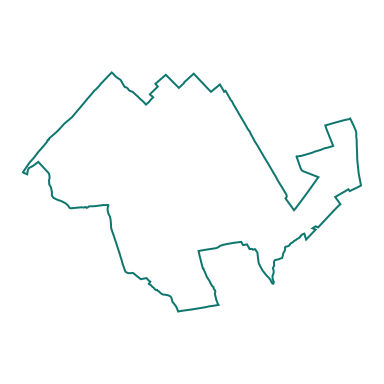 outline of Balteni, Vaslui, Romania
{"feature_id": "2599482B7876180524061", "entity_name": "Balteni", "entity_type": "district", "adm_level": 2, "iso_a3": "ROU", "parent_name": "Romania", "parent_adm1": "Vaslui", "projection": "albers", "projection_center": [27.634, 46.674], "detail": "fine", "context": "isolated", "style": "outline", "palette": "teal", "viewbox_px": 384, "rotation_deg": 0, "n_neighbors": 0, "source": "geoboundaries", "source_scale": "gbopen_adm2", "svg_char_len": 5979}
<svg xmlns="http://www.w3.org/2000/svg" viewBox="0 0 384 384"><path d="M272.4,283.5L273.3,283.7L273.6,282.7L273.7,282.0L273.7,281.5L273.3,280.9L272.7,278.9L272.5,277.7L272.5,276.5L272.7,275.5L272.9,274.7L273.3,274.1L273.6,272.8L273.7,272.3L273.6,270.9L273.4,269.6L273.1,268.8L273.0,268.2L273.3,267.2L274.1,265.9L274.1,264.2L274.0,263.1L274.0,262.2L274.3,261.2L274.6,260.5L275.3,259.9L276.1,259.8L277.2,259.6L278.7,259.3L280.1,258.6L281.3,258.3L282.1,258.1L282.7,256.1L283.0,254.8L283.1,254.0L283.8,252.2L284.3,251.5L284.7,250.7L284.9,250.1L285.1,248.7L285.0,248.0L285.1,247.2L285.6,246.8L287.9,246.2L288.7,245.8L289.4,245.3L290.0,244.2L290.7,243.5L291.7,242.8L292.6,242.4L293.4,241.6L294.3,240.8L295.6,240.2L296.9,239.1L299.4,237.8L299.6,237.3L300.1,237.1L300.1,236.8L300.4,236.2L301.8,234.8L304.2,233.6L304.6,234.1L304.8,235.2L306.1,239.6L315.6,229.6L312.6,228.3L315.6,226.3L318.1,227.4L332.0,212.6L338.1,206.2L340.4,204.2L335.2,197.0L340.3,194.0L344.9,191.4L348.4,189.3L349.8,191.1L352.3,189.8L356.7,187.8L361.0,185.5L358.7,173.5L357.2,159.5L357.2,157.7L357.2,156.1L356.8,146.4L356.6,139.2L356.3,137.2L356.2,135.6L356.3,133.3L356.3,132.8L355.8,130.7L353.6,125.6L350.2,118.5L349.2,119.1L348.1,119.4L345.7,119.8L342.9,120.5L334.4,122.8L327.6,124.8L325.3,125.4L326.5,129.2L329.7,137.2L333.2,145.9L332.1,146.3L328.2,147.5L326.6,147.9L325.1,148.1L320.1,150.1L314.3,151.7L313.5,152.2L312.6,152.6L302.4,155.6L300.9,155.9L299.3,156.1L297.6,156.5L296.6,156.4L296.5,156.6L297.3,158.7L300.5,168.0L301.1,169.3L301.6,170.1L302.5,170.8L303.5,171.4L307.8,173.0L318.4,177.2L318.0,177.7L307.3,192.7L297.5,205.9L295.5,208.5L294.0,210.2L287.2,200.7L285.5,198.4L286.5,197.2L286.7,196.6L286.7,195.9L286.3,194.5L281.7,186.8L279.6,183.5L277.2,179.4L275.5,176.2L273.5,172.9L271.1,168.7L269.3,165.6L263.1,155.3L261.5,152.6L259.7,149.4L257.5,145.6L254.6,141.1L253.6,139.1L250.9,134.2L249.4,130.9L249.0,130.7L247.7,128.9L246.6,126.9L245.3,124.5L238.9,113.7L235.0,106.9L233.7,104.8L231.9,101.2L231.2,100.6L230.7,99.9L226.3,92.0L225.5,90.8L224.1,91.8L223.7,90.9L219.9,84.5L211.0,91.8L208.5,89.3L193.7,73.7L184.2,82.3L184.1,83.0L178.9,87.9L165.8,74.8L155.4,83.8L157.8,86.6L149.9,94.3L150.6,95.3L151.9,96.0L153.2,97.4L151.4,99.0L150.5,100.1L148.4,102.5L147.2,103.5L146.4,104.4L145.9,104.6L145.3,103.8L143.3,101.7L142.5,100.9L140.9,99.6L138.0,96.7L136.8,95.6L135.6,94.6L132.9,92.1L132.0,91.6L130.1,90.9L129.0,90.3L128.5,89.7L128.1,89.0L127.9,88.6L127.0,87.9L126.4,87.5L125.8,87.2L124.9,87.1L124.3,86.4L123.8,85.5L122.2,82.8L121.8,81.8L121.5,81.6L121.2,81.2L121.0,80.4L120.0,79.5L117.8,78.1L116.3,77.0L115.5,76.3L113.7,74.3L112.4,73.1L111.7,72.5L103.5,81.0L102.6,82.0L100.8,83.8L99.4,85.7L96.2,89.1L94.0,91.0L92.9,92.5L90.3,95.5L87.6,98.6L85.0,101.8L71.8,117.4L64.4,123.6L58.8,129.8L55.9,132.6L49.6,138.0L48.9,138.8L49.0,139.5L47.6,140.1L47.4,140.3L47.6,140.8L47.3,141.4L46.4,142.6L43.1,146.6L42.0,147.6L42.0,147.9L41.8,148.1L38.0,152.3L36.2,154.7L34.7,156.8L33.1,158.7L29.5,162.6L23.6,171.3L23.0,172.3L23.5,172.7L24.1,173.0L25.1,173.4L27.2,174.3L27.7,170.7L28.8,168.1L32.7,166.1L38.3,161.9L48.1,172.5L49.0,173.7L49.2,174.6L49.4,175.6L49.6,177.4L49.6,178.0L49.0,180.3L49.0,180.8L49.0,181.3L49.3,182.5L49.1,183.2L49.2,184.1L49.4,184.6L49.9,185.7L50.8,187.1L51.1,188.0L51.3,189.2L51.5,190.3L51.9,191.4L51.9,195.3L52.0,195.8L52.9,197.2L53.6,197.9L54.7,198.4L55.7,199.0L58.7,200.3L59.9,200.6L61.5,201.2L65.7,203.4L67.7,205.1L68.2,205.7L68.9,206.9L69.8,208.0L70.2,208.2L70.6,208.3L75.0,207.9L80.2,207.4L81.5,207.3L82.7,207.4L83.2,207.5L84.2,207.5L84.8,207.2L85.5,207.1L86.0,207.2L86.5,207.6L86.6,207.8L87.1,207.8L88.0,207.2L88.7,206.6L89.2,206.4L90.4,206.3L94.6,206.2L100.2,205.5L103.6,205.0L104.2,205.0L104.8,205.2L106.7,204.9L107.2,204.9L108.3,205.1L108.4,205.5L108.3,205.9L107.7,207.4L107.6,208.6L107.6,210.2L107.8,210.9L108.2,213.1L108.9,214.6L109.9,216.5L110.3,218.3L110.7,220.6L111.0,224.7L111.1,227.5L111.3,228.7L112.7,232.8L113.5,235.0L114.9,239.3L115.2,240.1L115.6,241.2L116.3,243.3L117.9,248.4L119.1,251.9L119.2,252.4L119.3,252.9L119.8,253.9L120.4,256.4L121.2,258.7L121.8,260.7L122.4,263.2L122.8,264.3L124.2,268.4L125.1,270.9L125.5,271.7L126.1,272.2L127.6,272.9L128.8,273.2L129.6,273.2L130.4,273.2L132.5,272.9L133.0,273.0L133.5,273.3L134.6,274.3L135.0,274.4L135.6,275.1L137.8,276.8L139.1,277.8L140.7,279.2L146.5,278.1L148.6,280.4L150.2,281.6L148.8,283.9L149.4,284.4L150.6,284.9L151.6,286.0L152.6,287.0L152.8,287.1L153.5,287.6L154.7,288.9L155.2,289.7L155.6,289.9L156.3,290.0L157.0,289.9L157.1,290.3L157.3,290.5L158.9,291.4L159.5,292.0L159.8,292.4L161.9,294.1L162.4,294.3L163.1,294.5L164.4,294.7L165.0,294.7L165.6,294.8L168.2,295.3L168.8,295.5L169.7,296.1L170.2,296.3L170.6,296.6L171.2,297.4L171.6,298.5L171.9,299.6L172.3,301.4L172.7,302.0L174.8,304.7L175.6,305.8L176.3,306.9L177.6,310.0L178.1,311.5L183.3,310.6L191.4,309.5L197.8,308.5L206.5,307.0L208.4,306.5L211.6,306.0L214.6,305.6L218.5,304.9L217.8,303.8L217.3,302.6L216.7,300.7L216.2,299.7L215.9,298.1L215.7,297.2L215.4,296.2L214.9,293.7L215.0,293.0L215.2,292.2L215.3,291.6L215.2,290.9L214.8,290.2L214.4,289.6L213.8,288.9L213.7,288.2L213.5,287.9L213.5,287.5L213.5,287.0L213.3,286.8L212.8,286.6L212.3,286.2L211.1,284.2L210.4,282.9L210.1,282.3L209.7,281.2L208.5,279.5L207.9,278.4L207.0,277.3L206.6,276.3L205.2,272.8L203.7,269.6L203.5,268.6L202.9,268.6L202.7,268.0L201.9,264.8L201.2,262.2L200.8,260.3L199.5,255.4L198.6,251.0L204.7,249.9L215.8,248.2L217.5,247.6L218.9,246.8L220.0,245.9L222.1,245.2L223.4,244.8L226.6,244.1L233.8,242.8L241.3,241.9L242.9,244.9L243.1,245.1L246.8,244.4L247.0,244.4L247.4,245.2L248.9,247.6L249.1,248.4L249.6,249.1L250.5,249.0L251.6,248.8L252.2,249.0L252.8,249.7L253.3,249.7L254.2,249.4L254.8,249.1L255.3,249.4L256.0,250.6L257.3,252.4L257.5,252.9L257.6,254.5L258.0,257.9L258.4,260.7L258.6,262.5L259.0,263.9L259.8,265.2L260.2,266.3L261.5,268.5L262.5,270.4L263.4,271.6L264.2,272.6L265.4,274.1L266.8,275.8L268.0,276.9L269.3,278.4L270.4,279.7L270.8,280.6L271.2,281.6L272.4,283.5Z" fill="none" stroke="#0f766e" stroke-width="2"/></svg>